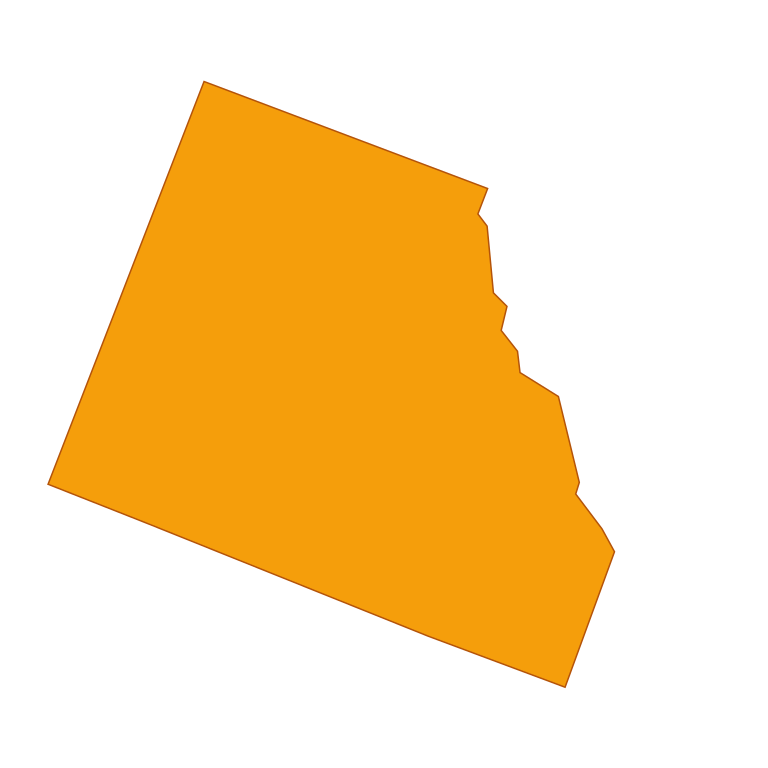 Wood, Ohio, United States of America (Equal Earth projection), rotated 111°
{"feature_id": "52423323B2328996184544", "entity_name": "Wood", "entity_type": "district", "adm_level": 2, "iso_a3": "USA", "parent_name": "United States of America", "parent_adm1": "Ohio", "projection": "equal_earth", "projection_center": [-83.653, 41.393], "detail": "fine", "context": "isolated", "style": "filled", "palette": "amber", "viewbox_px": 768, "rotation_deg": 111, "n_neighbors": 0, "source": "geoboundaries", "source_scale": "gbopen_adm2", "svg_char_len": 399}
<svg xmlns="http://www.w3.org/2000/svg" viewBox="0 0 768 768"><g transform="rotate(111 384 384)"><path d="M599.0,554.4L603.6,252.1L602.2,106.3L458.0,108.7L441.1,128.6L418.0,165.6L405.9,166.4L333.2,216.7L324.6,261.1L305.6,271.1L292.0,293.8L267.5,297.0L259.7,314.5L199.7,344.3L191.6,357.3L164.4,357.3L166.1,660.4L598.0,661.7L599.0,554.4Z" fill="#f59e0b" stroke="#b45309" stroke-width="1.5"/></g></svg>